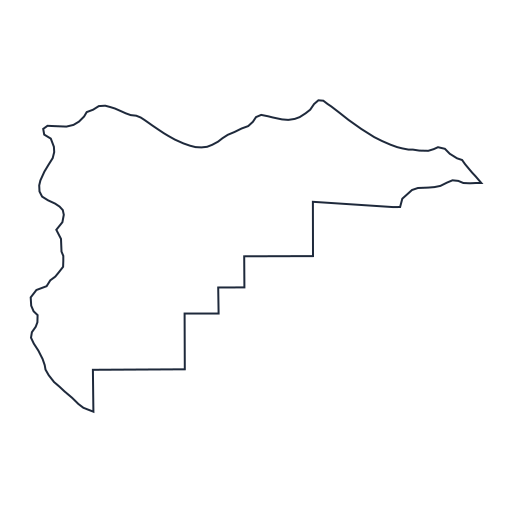 Areia Branca, Rio Grande do Norte, Brazil (orthographic projection)
{"feature_id": "56859067B41346782761286", "entity_name": "Areia Branca", "entity_type": "district", "adm_level": 2, "iso_a3": "BRA", "parent_name": "Brazil", "parent_adm1": "Rio Grande do Norte", "projection": "orthographic", "projection_center": [-37.037, -5.022], "detail": "fine", "context": "isolated", "style": "outline", "palette": "slate", "viewbox_px": 512, "rotation_deg": 0, "n_neighbors": 0, "source": "geoboundaries", "source_scale": "gbopen_adm2", "svg_char_len": 1901}
<svg xmlns="http://www.w3.org/2000/svg" viewBox="0 0 512 512"><path d="M481.3,183.0L476.0,176.8L472.1,172.6L468.9,168.8L465.0,164.1L462.1,160.0L457.0,158.3L449.8,153.8L444.9,148.8L438.0,147.2L433.8,149.1L428.3,150.8L419.3,150.6L412.9,149.6L408.5,149.6L402.3,148.4L397.1,147.1L390.5,144.7L382.0,141.0L374.2,137.1L361.2,128.9L348.5,119.9L339.4,112.7L331.2,106.4L327.6,104.0L323.3,100.7L318.4,100.3L314.1,104.0L310.2,109.7L305.6,113.3L299.7,117.1L294.8,118.9L288.3,119.9L282.0,119.4L277.7,118.5L272.5,117.4L268.2,116.3L261.2,114.9L256.0,117.1L252.9,121.8L248.2,126.1L241.6,128.5L234.5,132.0L227.8,134.8L222.5,138.2L218.0,141.7L212.2,144.8L207.1,146.8L201.4,147.4L195.5,147.1L190.0,145.7L183.4,143.4L174.9,139.6L168.3,135.9L163.8,133.2L158.1,129.4L152.2,125.4L148.4,122.7L144.4,119.9L140.7,117.5L136.2,115.7L130.7,115.1L125.7,113.3L121.5,111.4L114.9,108.5L110.4,107.1L105.2,105.7L98.8,106.1L93.1,109.7L86.7,112.1L84.1,116.5L79.0,121.6L73.5,124.9L66.4,126.6L58.9,126.3L53.9,126.1L47.5,125.8L43.2,128.9L44.2,134.6L50.8,138.6L53.9,146.8L54.2,152.1L52.7,158.1L48.5,164.8L44.4,171.6L40.4,180.4L39.2,185.4L39.5,191.5L42.1,196.6L48.0,200.3L55.1,203.6L59.6,206.6L62.8,210.1L63.8,214.8L62.4,222.2L56.3,229.8L61.0,238.9L61.5,251.6L63.3,255.9L63.3,261.0L63.1,266.8L58.9,272.2L55.3,276.6L50.3,280.3L46.6,286.2L36.4,290.0L30.7,297.4L31.2,305.7L33.6,311.3L37.6,315.1L37.4,322.3L35.7,326.8L31.9,332.2L31.0,337.7L33.8,343.6L38.4,350.7L42.6,359.0L44.7,365.1L45.5,369.6L48.7,375.2L54.1,382.1L59.4,386.6L64.5,391.4L72.1,397.8L78.4,404.0L83.4,407.8L93.4,411.7L93.2,395.4L92.9,369.8L184.8,369.3L184.6,313.5L189.6,313.5L218.6,313.5L218.2,287.5L244.4,287.4L244.2,256.3L313.0,256.1L312.9,201.8L393.3,207.1L400.1,207.0L402.3,198.7L412.0,190.0L417.9,188.0L428.1,187.6L434.4,187.1L440.4,185.9L447.0,182.6L452.5,180.3L458.3,180.9L463.3,183.0L469.9,183.3L476.0,183.0L481.3,183.0Z" fill="none" stroke="#1e293b" stroke-width="2"/></svg>